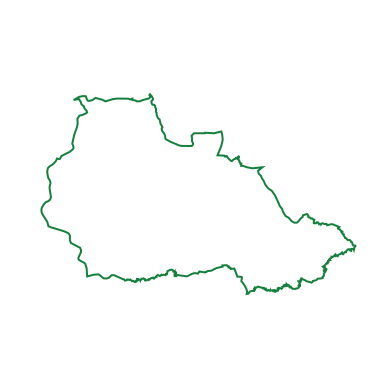 Khuan Don, Satun, Thailand, rotated 170°
{"feature_id": "78962969B23587469316424", "entity_name": "Khuan Don", "entity_type": "district", "adm_level": 2, "iso_a3": "THA", "parent_name": "Thailand", "parent_adm1": "Satun", "projection": "albers", "projection_center": [100.075, 6.762], "detail": "fine", "context": "isolated", "style": "outline", "palette": "green", "viewbox_px": 384, "rotation_deg": 170, "n_neighbors": 0, "source": "geoboundaries", "source_scale": "gbopen_adm2", "svg_char_len": 5916}
<svg xmlns="http://www.w3.org/2000/svg" viewBox="0 0 384 384"><g transform="rotate(170 192 192)"><path d="M309.9,127.0L303.2,127.6L298.9,127.2L297.9,126.7L294.1,122.4L291.2,121.6L288.3,122.1L285.7,124.0L283.3,123.7L275.1,118.1L274.3,118.0L273.4,116.4L271.9,116.4L271.2,117.1L270.6,116.7L270.0,116.9L268.8,116.2L267.9,116.5L267.5,115.7L266.7,115.3L266.6,114.6L265.0,114.5L264.4,113.5L263.2,113.1L262.1,113.6L262.0,113.9L262.5,114.3L261.4,114.9L261.3,115.9L260.2,115.7L260.1,114.8L259.6,115.1L258.7,114.8L258.4,114.0L258.2,114.6L257.1,114.5L256.8,115.3L256.1,115.0L254.7,115.4L254.2,114.6L253.4,114.3L253.6,113.1L252.8,112.8L249.7,113.6L249.6,112.9L247.1,114.3L245.2,114.4L244.9,113.5L244.4,113.4L244.2,114.0L243.3,114.0L242.5,114.7L241.7,114.4L241.4,115.6L240.0,116.3L238.2,114.7L236.4,115.9L235.4,115.3L234.3,115.5L232.5,114.7L232.0,115.8L231.0,115.4L229.9,118.3L227.0,119.1L225.3,119.0L224.3,118.2L224.3,117.1L223.6,117.1L223.4,116.4L222.8,116.9L222.9,116.1L222.2,116.3L221.6,115.6L221.9,114.3L223.2,114.2L223.6,113.7L223.7,112.2L222.2,111.9L222.2,113.0L221.9,113.1L211.6,109.8L206.2,111.4L203.5,111.7L200.2,110.6L199.2,112.0L198.6,111.9L198.3,112.4L193.1,110.5L192.7,110.9L191.6,110.7L190.8,111.4L186.5,111.2L181.4,112.8L174.8,113.2L174.8,114.4L170.5,113.9L169.9,112.9L169.0,112.6L169.1,111.5L168.3,111.5L168.0,110.6L167.3,110.6L167.2,109.5L163.6,109.2L162.0,100.8L158.5,100.0L157.8,99.5L157.7,98.9L158.9,95.7L156.7,91.4L155.3,87.3L155.0,84.1L155.8,82.1L154.1,82.1L152.4,83.9L149.8,84.2L147.9,83.7L146.9,85.0L147.7,85.7L147.6,86.2L146.9,86.4L146.5,87.1L145.7,86.4L143.8,87.4L140.1,85.8L138.4,84.5L138.6,85.3L137.9,85.2L136.9,83.5L136.0,84.0L135.6,83.1L136.2,82.5L135.3,81.8L134.6,81.7L133.7,82.2L132.4,81.2L132.0,81.7L132.0,81.3L130.4,81.1L127.4,79.2L126.9,79.4L126.9,79.8L128.5,80.5L128.7,81.2L127.7,81.1L125.3,79.9L124.3,79.9L124.1,80.7L123.2,81.5L123.6,82.0L124.4,81.9L124.3,82.3L123.5,82.6L122.1,82.2L120.6,81.1L119.5,82.0L119.5,83.0L117.6,83.1L117.7,84.3L115.9,84.5L115.7,83.0L114.9,83.1L114.7,84.5L114.1,83.4L113.7,83.9L112.9,83.5L112.5,81.3L111.3,81.8L110.8,80.9L110.8,80.2L110.2,80.0L109.8,79.2L106.7,78.6L106.3,78.9L104.7,78.7L103.3,79.6L103.3,80.9L102.1,80.5L101.9,80.8L101.8,81.7L102.7,82.1L101.8,83.2L101.9,84.5L102.5,84.9L102.7,85.6L101.5,85.4L100.7,84.7L99.8,86.1L100.3,86.8L99.4,88.0L98.7,87.8L98.3,86.9L95.8,85.4L95.0,84.4L90.0,82.0L89.0,82.4L88.4,83.4L84.8,83.6L83.2,84.8L79.1,84.4L78.2,84.6L78.1,85.8L76.7,86.5L76.4,88.7L74.8,90.1L75.9,91.3L75.9,92.1L75.0,92.5L73.7,91.5L73.0,92.6L73.1,93.0L75.2,94.4L75.8,95.3L75.1,95.3L75.0,94.9L74.3,95.3L75.1,96.2L73.6,96.9L72.7,97.9L72.2,97.9L71.7,98.6L70.9,98.1L70.3,99.0L70.3,99.7L69.8,99.6L69.8,100.7L69.1,100.8L68.9,101.4L68.1,101.2L68.4,101.8L67.9,102.4L66.4,102.8L65.9,104.1L64.8,103.5L63.3,104.4L62.5,104.1L62.5,105.1L61.5,105.7L60.6,103.9L59.7,103.4L58.8,104.8L56.7,105.1L54.8,106.4L54.5,104.8L54.0,104.5L52.1,106.2L50.7,106.0L50.3,107.2L48.5,108.4L47.4,108.4L46.7,107.1L45.5,106.5L45.4,108.2L44.7,108.3L43.0,107.7L42.7,106.7L41.6,109.4L40.4,110.3L40.5,110.8L42.5,111.4L43.1,113.2L42.9,114.1L43.3,114.9L44.0,115.2L43.9,115.6L44.8,117.2L46.9,117.6L47.8,118.7L47.9,119.5L49.2,120.1L49.2,121.1L50.1,122.5L49.8,123.8L50.9,124.2L51.0,125.3L51.6,126.0L50.7,126.6L50.7,126.9L51.9,127.6L52.0,128.2L52.7,128.8L52.8,129.5L54.6,130.6L54.5,131.3L53.1,132.0L59.1,135.8L60.5,136.1L64.7,135.8L65.0,137.1L67.1,137.4L68.7,138.5L69.9,138.4L70.6,137.7L70.7,138.3L72.4,138.1L72.4,138.9L73.3,140.3L74.1,140.0L74.7,140.4L75.3,139.7L77.5,140.1L77.3,141.3L76.3,143.5L77.4,143.8L78.2,145.1L79.6,145.2L80.1,146.3L81.6,146.8L81.9,147.4L81.5,148.3L82.4,150.2L83.4,150.3L86.8,149.7L87.5,148.0L88.7,147.7L92.7,144.3L94.1,143.6L96.5,144.0L98.9,145.9L101.3,149.9L103.7,151.8L104.4,152.9L105.8,156.6L106.3,160.0L107.8,162.5L110.7,173.9L113.2,179.3L116.3,182.3L118.5,186.4L119.6,190.9L120.9,193.7L121.2,195.7L123.2,198.6L123.2,201.5L118.3,204.1L128.6,204.9L133.8,206.9L137.3,208.9L139.0,209.2L138.7,210.2L139.2,210.8L138.7,211.4L139.3,211.6L139.2,212.1L140.0,213.0L139.8,213.9L140.3,214.7L140.4,216.1L141.2,216.4L140.8,217.2L139.7,218.1L139.6,218.6L140.0,219.0L141.4,217.9L142.9,218.0L143.4,217.2L145.5,216.8L147.0,215.7L147.6,215.6L148.4,216.1L150.4,218.8L151.5,221.3L152.1,221.5L152.5,221.1L153.4,221.1L153.9,222.2L160.5,223.7L155.0,232.5L152.7,238.1L152.3,242.6L152.6,246.5L160.1,246.0L168.9,248.1L169.1,247.6L179.7,249.5L182.6,247.6L182.6,244.7L183.2,242.0L182.6,240.2L182.6,239.1L183.7,237.6L184.7,237.4L194.2,239.2L196.4,240.0L204.6,245.3L208.9,248.8L208.8,252.3L209.3,254.5L210.9,257.4L210.9,259.7L209.8,260.9L211.1,264.7L211.3,269.1L212.7,270.6L213.4,274.2L213.2,276.3L213.5,277.1L213.0,280.5L213.6,281.6L213.3,283.0L214.0,284.3L215.9,285.0L216.4,286.4L216.2,288.5L214.4,289.8L214.2,290.5L215.0,293.2L216.4,295.6L216.8,295.4L217.1,294.7L216.5,293.0L217.1,292.3L218.3,291.6L224.6,291.1L227.4,290.4L230.6,290.8L231.7,291.9L234.8,293.0L234.5,294.3L237.0,293.9L238.1,294.8L239.4,295.1L249.2,297.0L254.2,297.2L261.5,296.3L264.4,298.5L270.7,301.4L274.2,299.8L277.7,299.6L278.9,300.2L279.3,301.1L280.0,304.8L282.8,305.4L286.6,305.3L292.6,303.1L288.5,303.3L286.8,302.8L286.7,301.5L286.0,300.6L285.7,297.9L285.2,296.9L283.6,295.3L283.4,293.0L281.7,290.3L281.5,288.6L282.3,288.0L286.6,286.9L289.6,286.8L292.2,283.9L292.7,279.1L294.0,275.9L298.2,268.4L301.5,260.5L300.9,257.2L301.1,255.7L301.7,255.0L305.4,252.8L314.4,250.1L316.2,247.7L317.5,247.5L319.1,248.4L320.7,246.1L324.0,243.5L327.7,242.0L329.8,240.5L331.0,237.4L331.2,234.9L331.2,231.0L330.1,228.4L329.8,226.4L329.9,225.1L331.4,221.7L331.6,220.0L331.8,211.4L333.1,209.1L335.0,208.0L337.8,207.3L340.4,205.3L342.9,202.1L343.5,200.1L343.6,197.8L343.2,196.2L339.7,187.7L339.3,183.2L336.6,181.5L324.9,175.6L320.9,172.9L319.8,170.5L320.6,165.8L320.1,162.8L311.9,156.5L311.4,154.3L311.8,152.0L315.2,147.1L315.5,145.7L315.0,144.6L310.3,140.8L309.6,139.8L309.0,135.3L309.9,127.0Z" fill="none" stroke="#15803d" stroke-width="2"/></g></svg>